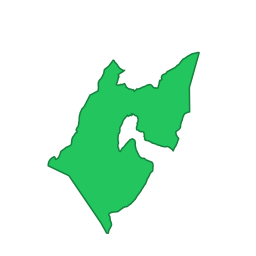 the district of San Pedro Teozacoalco, Oaxaca, Mexico, rotated 31°
{"feature_id": "50627088B69168049256602", "entity_name": "San Pedro Teozacoalco", "entity_type": "district", "adm_level": 2, "iso_a3": "MEX", "parent_name": "Mexico", "parent_adm1": "Oaxaca", "projection": "equal_earth", "projection_center": [-97.274, 17.003], "detail": "fine", "context": "isolated", "style": "filled", "palette": "green", "viewbox_px": 256, "rotation_deg": 31, "n_neighbors": 0, "source": "geoboundaries", "source_scale": "gbopen_adm2", "svg_char_len": 5852}
<svg xmlns="http://www.w3.org/2000/svg" viewBox="0 0 256 256"><g transform="rotate(31 128 128)"><path d="M163.8,229.1L164.6,228.6L165.2,228.3L165.1,227.8L164.8,227.2L164.5,226.2L164.3,225.2L164.2,224.3L164.2,222.3L164.1,221.5L163.9,219.8L163.4,218.9L161.5,217.1L160.8,216.7L160.0,215.9L159.5,215.1L158.8,214.3L158.4,213.6L157.5,213.0L156.5,212.6L156.2,212.1L156.0,210.6L156.7,209.9L157.3,208.7L158.1,208.1L159.6,207.0L160.2,206.6L162.0,205.2L162.6,204.5L164.1,200.7L164.5,199.6L165.6,197.8L166.0,197.0L167.3,196.3L167.8,195.4L168.3,194.3L168.6,193.2L169.3,192.1L169.6,190.7L170.1,189.1L170.2,188.2L170.5,186.7L170.7,186.0L170.9,185.1L170.9,183.2L170.8,181.5L171.0,179.9L171.2,178.3L171.4,176.4L171.5,174.9L171.3,173.2L171.5,171.8L171.5,169.6L171.5,168.6L171.7,166.8L171.6,166.1L171.1,163.1L170.8,161.9L170.8,158.6L170.6,157.3L170.4,155.5L170.5,154.5L170.7,153.9L171.0,153.2L171.2,152.5L171.0,151.7L170.6,150.6L169.9,149.6L169.3,148.1L169.2,148.1L168.7,147.3L168.6,147.1L167.9,146.0L167.2,145.5L166.2,145.0L165.1,145.1L163.7,145.5L162.3,145.5L160.0,146.1L159.3,146.0L158.5,145.7L157.7,145.6L156.9,145.9L156.4,146.4L155.3,146.8L153.5,146.7L153.0,146.5L152.1,146.3L145.7,142.1L145.0,141.1L144.3,140.5L142.6,138.4L142.2,137.5L141.6,136.7L140.8,135.7L140.1,135.1L139.2,135.0L138.2,135.0L137.3,135.0L136.6,136.0L136.1,136.6L135.6,137.6L135.6,138.5L135.0,140.6L134.8,141.9L134.6,142.5L134.4,145.1L134.2,146.8L133.9,147.2L133.5,148.0L133.5,148.8L133.5,150.6L133.5,152.0L132.2,152.2L131.0,150.9L130.4,150.2L129.5,149.7L128.9,149.1L128.3,148.4L128.0,147.6L127.8,146.5L127.6,145.8L126.6,144.5L125.7,143.6L124.5,141.6L124.0,140.5L123.4,139.3L123.0,138.4L123.0,137.8L123.2,136.8L123.0,136.0L122.8,135.3L122.1,134.1L122.0,133.6L121.6,133.2L120.9,132.1L120.8,130.3L120.8,129.9L120.8,128.8L120.8,128.1L120.6,127.2L120.5,126.3L120.3,125.6L120.1,124.8L120.0,123.1L120.1,122.4L120.3,121.1L120.5,120.0L121.0,117.4L122.1,117.8L122.2,117.6L122.3,117.4L122.7,117.1L122.9,116.8L123.2,115.9L123.4,115.8L123.7,115.8L124.1,115.7L124.6,115.5L124.7,115.0L124.8,114.5L124.8,113.9L124.8,113.7L124.5,113.9L124.3,113.8L125.1,113.6L125.6,113.4L127.3,113.6L128.1,113.5L129.0,113.3L129.6,113.3L130.2,113.4L130.9,114.1L131.3,114.6L131.9,114.8L132.5,115.8L132.9,116.6L133.3,117.6L133.4,118.4L133.3,118.8L133.4,119.4L133.9,119.8L134.4,120.5L134.7,121.8L134.8,122.4L134.9,123.0L135.3,123.8L136.0,124.6L136.4,125.0L137.2,124.6L138.1,124.7L139.2,124.8L140.2,124.8L141.5,124.4L142.1,123.8L142.7,123.5L143.5,123.5L144.4,124.1L144.8,124.8L145.2,125.2L145.7,125.8L146.0,126.0L146.1,127.0L147.3,127.5L147.6,128.0L147.8,128.7L148.0,129.1L149.3,129.5L150.5,129.1L152.9,128.3L153.7,128.4L154.4,128.2L155.8,128.4L157.1,128.2L158.2,127.9L159.2,127.6L160.5,127.3L161.3,127.4L162.0,127.2L163.1,127.0L164.2,126.6L165.5,126.4L166.2,126.4L167.0,125.9L168.2,125.6L169.2,125.2L170.3,124.4L171.3,123.5L172.8,123.3L174.8,123.4L176.8,123.7L178.4,124.3L178.5,123.7L178.1,122.0L178.1,120.9L178.1,120.0L178.2,118.0L177.9,116.7L177.8,115.3L177.6,114.4L177.4,113.8L177.2,113.2L177.0,111.3L176.7,110.8L176.1,110.5L175.2,110.4L174.5,109.9L173.6,109.4L173.1,109.2L172.6,108.9L171.9,107.8L171.2,107.3L171.1,106.1L171.6,104.9L172.4,103.0L172.7,101.0L172.3,99.5L171.5,98.7L171.2,97.2L170.9,96.2L170.6,95.3L170.5,93.8L169.8,91.5L169.4,90.6L169.5,89.7L169.4,88.7L169.0,88.0L169.5,86.2L170.1,85.2L170.7,84.4L171.2,83.7L172.5,82.4L159.7,61.6L150.2,26.9L149.6,26.9L148.9,27.3L148.7,27.9L147.7,28.6L146.1,30.1L144.5,31.7L143.8,33.2L143.1,34.2L142.6,35.2L141.9,36.3L141.5,37.5L141.0,38.7L140.3,39.8L139.8,40.5L139.4,42.6L139.1,44.2L139.1,46.2L138.5,48.3L138.0,48.7L137.4,51.4L137.1,52.2L135.6,54.6L134.7,56.0L133.9,57.5L133.2,58.5L132.8,59.0L132.5,59.7L132.5,61.0L132.1,62.2L131.7,62.9L131.0,63.5L130.5,64.3L130.2,65.2L130.3,66.8L130.6,67.0L130.8,67.8L131.3,68.3L131.9,68.7L131.9,69.1L131.6,69.5L131.7,70.4L130.8,70.7L130.8,71.2L131.3,73.0L131.7,73.1L132.0,74.6L132.4,76.1L132.9,78.2L132.5,78.8L132.0,79.1L131.2,79.3L130.7,79.6L129.7,80.2L128.3,80.1L126.9,79.4L125.5,79.2L124.3,79.5L123.6,80.1L122.8,80.9L122.2,81.7L121.6,82.7L121.0,83.7L119.2,85.8L118.3,87.4L117.7,88.2L116.7,89.5L115.6,89.7L115.3,90.9L114.9,92.2L114.5,93.3L113.7,92.7L113.2,92.5L112.7,92.5L111.7,93.1L110.8,93.2L109.9,93.5L109.0,93.8L108.7,94.2L107.0,93.9L106.3,93.9L105.5,94.1L105.2,93.6L102.9,92.0L102.2,91.8L101.8,92.1L101.2,92.9L100.6,94.0L100.2,94.3L99.4,94.3L98.4,95.5L97.2,96.7L96.8,96.8L96.4,96.8L95.9,96.8L95.5,96.6L95.4,96.2L95.1,93.9L94.6,92.4L94.4,91.9L94.0,89.6L93.7,89.6L93.6,88.9L93.6,88.3L92.4,87.8L92.3,87.3L92.7,85.8L93.1,85.2L93.8,83.8L94.2,83.4L94.3,82.7L94.7,81.9L95.1,81.3L95.2,80.5L94.7,80.7L94.3,81.1L93.5,81.4L92.7,81.1L91.9,81.1L91.2,81.2L90.4,81.1L89.6,80.8L88.9,80.6L87.9,80.3L86.9,79.7L86.1,79.3L85.1,78.9L84.4,78.7L83.6,78.5L83.0,78.4L82.4,78.2L81.9,77.6L81.2,77.4L80.4,77.5L79.6,85.1L77.7,90.0L78.2,91.5L78.6,92.4L79.0,93.5L79.2,94.6L79.3,95.8L79.5,97.9L79.4,98.5L79.5,99.9L79.0,101.0L78.9,102.1L79.2,104.4L79.7,105.3L80.1,106.0L80.7,106.9L81.3,107.6L83.3,111.4L78.5,119.4L79.4,132.1L78.7,135.4L78.8,136.4L79.0,137.5L79.1,139.0L79.4,140.1L80.2,142.8L80.7,143.8L81.2,144.9L81.8,145.9L82.5,147.1L82.9,148.4L83.4,149.6L83.9,150.6L84.3,151.8L84.4,152.6L84.2,154.5L84.4,155.8L84.7,156.6L85.2,156.9L85.9,156.9L86.4,157.5L86.1,158.6L85.7,159.3L85.6,160.2L85.7,161.9L85.4,163.4L85.4,164.4L85.7,166.4L86.1,167.3L86.7,168.6L87.3,169.9L87.8,171.1L87.8,172.0L87.5,172.8L86.6,174.2L85.8,175.2L85.2,176.1L84.7,177.2L84.3,178.6L83.6,179.9L82.9,181.6L82.6,182.8L82.8,184.0L83.2,185.2L83.5,187.6L83.6,188.6L83.6,189.5L83.2,190.5L82.8,191.5L82.5,192.0L82.0,192.2L81.7,192.1L81.3,191.8L80.6,190.8L80.1,190.6L79.5,190.7L79.3,190.9L79.0,191.5L78.7,191.9L78.3,192.6L77.8,194.2L77.5,195.5L77.5,196.9L77.6,197.8L77.8,198.6L78.0,199.4L78.3,200.1L79.1,201.5L101.9,199.3L153.8,223.3L163.8,229.1Z" fill="#22c55e" stroke="#15803d" stroke-width="1.5"/></g></svg>